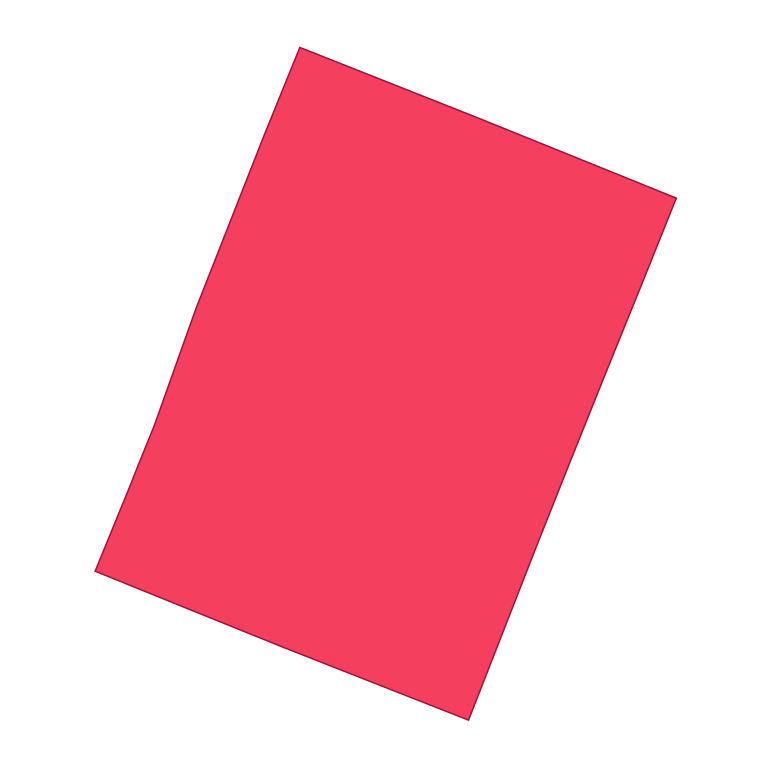 outline of Kent, Michigan, United States of America, rotated 22°
{"feature_id": "52423323B87728930289952", "entity_name": "Kent", "entity_type": "district", "adm_level": 2, "iso_a3": "USA", "parent_name": "United States of America", "parent_adm1": "Michigan", "projection": "natural_earth1", "projection_center": [-85.582, 43.031], "detail": "fine", "context": "isolated", "style": "filled", "palette": "rose", "viewbox_px": 768, "rotation_deg": 22, "n_neighbors": 0, "source": "geoboundaries", "source_scale": "gbopen_adm2", "svg_char_len": 386}
<svg xmlns="http://www.w3.org/2000/svg" viewBox="0 0 768 768"><g transform="rotate(22 384 384)"><path d="M179.7,197.5L181.4,384.2L186.6,508.9L186.5,548.7L186.7,571.4L186.3,665.8L287.6,665.9L387.7,665.9L588.3,664.0L586.2,477.4L585.7,385.5L585.5,290.0L585.6,196.2L585.4,102.2L382.4,102.1L373.2,102.1L179.9,103.5L179.7,197.5Z" fill="#f43f5e" stroke="#9f1239" stroke-width="1.5"/></g></svg>